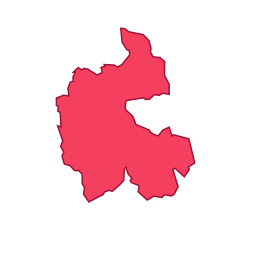 Vasilevo, Vasilevo, North Macedonia (Mercator projection), rotated 129°
{"feature_id": "65306769B98629679609772", "entity_name": "Vasilevo", "entity_type": "district", "adm_level": 2, "iso_a3": "MKD", "parent_name": "North Macedonia", "parent_adm1": "Vasilevo", "projection": "mercator", "projection_center": [22.637, 41.553], "detail": "fine", "context": "isolated", "style": "filled", "palette": "rose", "viewbox_px": 256, "rotation_deg": 129, "n_neighbors": 0, "source": "geoboundaries", "source_scale": "gbopen_adm2", "svg_char_len": 1397}
<svg xmlns="http://www.w3.org/2000/svg" viewBox="0 0 256 256"><g transform="rotate(129 128 128)"><path d="M130.5,53.5L121.7,54.2L119.9,56.5L113.2,54.1L98.1,73.9L104.7,88.5L106.5,88.9L101.4,96.5L107.7,99.6L115.0,99.6L116.1,101.6L117.3,107.5L116.2,110.2L120.3,124.0L116.0,131.5L115.2,141.8L108.8,146.6L106.6,145.6L94.7,134.9L94.9,132.5L92.2,129.4L85.6,128.5L82.9,124.3L79.0,122.9L76.0,117.2L68.3,123.4L63.9,133.0L53.4,141.2L53.1,147.4L56.9,153.4L54.8,158.3L51.6,160.3L46.9,166.6L45.9,174.8L52.8,188.1L52.8,192.9L55.1,196.4L65.1,186.5L67.9,177.9L67.0,175.9L70.0,172.7L82.6,172.7L87.3,174.6L87.8,178.4L93.7,186.4L94.4,184.9L98.0,187.0L101.1,182.8L106.3,185.5L107.5,196.2L109.3,199.6L112.1,200.6L112.3,204.5L114.3,205.1L119.2,205.6L118.0,204.0L122.9,202.9L126.1,200.0L128.8,201.7L134.8,199.7L140.2,194.2L143.2,198.8L149.8,202.5L155.6,197.8L155.0,196.0L159.1,193.1L158.5,190.8L161.9,187.4L169.3,180.9L170.6,184.1L179.0,170.7L184.7,168.7L187.2,162.7L191.3,161.7L196.1,154.8L193.7,149.3L194.8,142.9L192.1,139.4L192.8,134.5L200.0,128.7L201.6,124.4L207.4,120.9L210.1,111.9L195.2,105.4L192.4,106.0L188.3,103.5L187.1,100.4L177.5,98.7L171.3,98.4L162.0,105.2L159.8,104.8L163.6,99.1L164.8,93.1L167.5,93.3L168.3,91.2L165.8,83.0L171.1,80.1L171.9,67.7L164.6,64.9L160.7,57.9L156.6,57.5L153.7,51.8L150.8,50.4L142.1,52.1L132.0,67.1L129.7,66.1L130.5,53.5Z" fill="#f43f5e" stroke="#9f1239" stroke-width="1.5"/></g></svg>